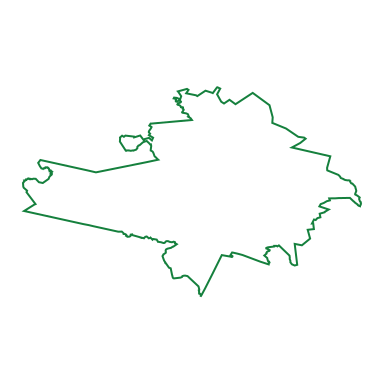 the district of Lejasciema pag., Gulbene, Latvia
{"feature_id": "27541924B69346884723043", "entity_name": "Lejasciema pag.", "entity_type": "district", "adm_level": 2, "iso_a3": "LVA", "parent_name": "Latvia", "parent_adm1": "Gulbene", "projection": "robinson", "projection_center": [26.479, 57.294], "detail": "fine", "context": "isolated", "style": "outline", "palette": "green", "viewbox_px": 384, "rotation_deg": 0, "n_neighbors": 0, "source": "geoboundaries", "source_scale": "gbopen_adm2", "svg_char_len": 5821}
<svg xmlns="http://www.w3.org/2000/svg" viewBox="0 0 384 384"><path d="M173.9,278.4L180.6,277.6L182.1,276.9L182.4,276.1L183.8,275.7L185.1,275.6L186.5,275.9L187.2,276.0L187.9,276.4L188.9,277.4L198.5,286.4L199.3,289.7L199.2,290.1L198.8,290.3L199.2,292.2L199.0,293.1L199.3,293.8L200.0,293.8L200.3,294.0L200.9,295.2L200.5,296.7L201.4,295.3L205.1,288.4L211.8,275.2L221.8,255.1L230.3,256.6L231.9,257.0L232.4,256.6L232.5,256.2L232.4,256.1L231.8,255.7L230.3,255.4L232.1,252.5L232.9,252.6L237.7,253.7L242.5,255.0L260.4,261.7L268.7,264.4L268.9,263.2L269.5,262.6L269.1,261.6L268.2,261.5L267.4,259.1L267.2,258.0L264.3,255.5L266.5,253.6L266.3,253.3L266.4,252.8L267.0,251.9L267.7,251.4L269.1,251.0L269.5,250.7L269.7,250.2L267.3,248.8L266.3,248.5L266.2,248.1L267.0,247.6L268.0,247.3L274.2,246.5L274.2,245.9L276.6,245.9L277.4,246.4L278.9,245.4L289.5,255.6L289.8,257.8L289.7,259.0L290.4,260.8L290.4,262.3L291.9,264.3L294.7,265.5L297.2,264.8L294.7,243.9L301.9,245.3L310.1,238.6L307.7,229.8L313.9,229.1L313.2,223.4L312.0,223.5L314.0,219.5L315.7,220.0L316.5,219.2L316.6,218.9L317.5,218.1L320.4,217.3L319.7,213.7L324.6,212.3L324.7,211.9L328.7,209.5L319.4,206.4L320.7,204.1L323.7,203.0L326.8,201.2L329.9,200.4L329.2,198.4L335.6,198.3L338.3,198.1L349.9,197.9L351.4,199.3L353.6,201.4L354.2,201.8L354.3,201.8L354.8,202.5L357.7,204.6L357.8,205.1L359.0,205.9L360.0,206.2L360.0,205.5L360.8,204.7L360.8,203.5L361.0,203.2L360.8,202.7L360.7,202.0L360.5,201.7L360.0,201.5L359.1,199.0L359.7,197.5L357.3,195.6L355.2,194.5L355.1,194.1L356.3,190.9L355.7,188.5L355.4,187.8L355.4,187.2L355.1,186.5L352.3,183.5L351.6,183.5L351.2,183.3L350.1,181.6L350.0,181.3L350.1,181.1L349.9,181.0L349.7,180.5L348.9,180.3L347.8,180.4L345.1,180.0L344.1,179.4L343.5,179.3L343.2,178.9L340.8,178.0L340.4,177.4L340.2,176.7L338.4,174.9L327.3,170.4L327.2,170.2L327.1,167.8L330.3,156.3L291.9,147.5L300.2,143.0L305.6,138.7L304.1,137.6L299.4,137.0L298.2,136.8L286.0,128.5L272.3,122.9L272.7,117.3L269.5,105.2L252.7,92.9L235.5,104.2L229.5,99.8L224.0,103.5L221.2,101.7L217.1,94.3L220.2,88.6L217.5,87.3L217.0,87.4L212.8,93.1L212.2,92.8L205.5,90.7L197.3,96.1L196.1,95.3L186.2,93.3L188.5,89.9L187.0,88.9L177.9,91.4L178.5,92.1L181.2,96.2L180.2,99.2L178.8,98.8L176.8,97.9L174.1,97.6L173.7,98.4L174.7,98.6L176.0,99.4L176.0,100.0L175.7,101.0L175.9,101.4L176.3,101.7L176.9,101.7L178.1,100.9L178.8,100.7L179.8,100.7L180.7,101.3L181.0,101.7L180.8,102.2L180.2,102.6L178.2,103.3L177.7,103.8L177.4,104.5L177.8,104.8L179.1,105.1L180.3,105.8L180.7,106.4L180.9,107.2L181.3,107.3L182.5,107.2L183.0,107.4L183.0,107.9L182.6,108.4L182.6,108.7L182.8,108.9L183.5,109.3L183.7,109.8L182.7,111.5L182.1,112.2L182.1,112.4L182.4,112.7L186.3,113.4L187.9,114.2L188.2,114.8L188.4,115.9L188.7,116.2L188.1,116.7L190.6,118.2L191.9,120.0L151.3,123.6L151.1,123.7L150.6,123.6L149.3,125.6L151.5,126.9L151.5,127.3L150.3,129.3L149.5,130.3L148.9,131.4L148.8,132.1L148.9,132.4L150.1,133.7L148.9,135.2L153.1,137.7L151.9,140.4L149.0,137.9L144.6,139.1L144.2,139.7L143.7,140.1L140.2,135.5L134.1,137.4L134.0,136.6L125.4,135.6L123.9,136.8L122.1,135.7L120.0,137.5L120.1,138.6L119.9,141.6L125.8,150.7L126.0,150.8L126.3,150.7L126.2,150.6L126.5,150.7L126.8,150.5L126.7,150.4L127.0,150.4L128.4,150.5L128.7,150.4L130.7,150.8L133.1,150.4L133.4,150.6L136.2,149.6L137.4,148.1L137.3,147.0L138.5,145.5L139.5,145.3L142.8,142.4L144.9,141.5L146.7,141.0L149.0,143.1L150.3,144.6L150.9,144.4L151.1,145.2L151.2,146.1L150.7,150.0L150.7,150.5L152.2,151.3L152.7,151.7L153.5,153.2L154.5,156.1L154.9,156.6L155.7,157.2L157.2,158.8L158.2,159.7L146.4,162.2L96.2,172.3L95.7,172.3L87.5,170.4L40.4,160.0L38.2,162.9L39.9,166.2L41.4,168.4L42.6,168.7L43.2,168.5L43.3,168.7L43.5,168.5L43.8,168.3L44.1,168.3L44.1,168.2L44.6,168.1L44.7,168.3L45.0,168.2L45.1,167.9L45.3,168.0L45.7,167.8L45.6,167.6L45.8,167.5L45.7,167.4L45.8,167.3L46.4,167.5L46.6,167.5L46.6,167.3L46.8,167.3L47.1,167.5L47.1,167.3L47.5,167.3L48.0,167.7L48.5,168.1L48.6,168.3L49.0,168.8L49.1,169.7L49.8,170.3L50.0,170.2L50.5,170.4L50.3,170.8L50.7,170.7L51.4,171.2L50.9,171.3L51.1,171.4L50.9,171.6L51.1,171.7L51.1,171.9L51.2,172.0L51.5,171.9L51.7,172.1L51.7,172.5L51.2,172.6L51.4,172.9L51.2,173.1L50.5,173.3L50.5,173.5L50.9,173.4L51.2,173.6L51.6,173.6L51.5,173.8L51.8,173.8L51.8,174.0L51.8,174.5L51.5,174.7L51.3,175.0L50.8,175.1L50.7,175.2L50.8,175.4L49.4,176.8L48.6,178.9L42.8,183.0L38.9,182.2L35.7,178.8L33.2,178.7L32.5,179.1L31.7,179.1L30.9,178.9L30.7,179.2L30.0,179.3L29.7,179.2L29.8,179.1L29.5,178.7L28.4,178.4L28.0,178.5L27.5,178.8L27.4,179.1L26.7,179.4L26.7,179.5L26.3,179.9L26.1,179.8L26.1,180.0L25.7,180.0L25.5,180.3L25.2,180.2L24.7,180.5L24.4,180.5L24.5,180.7L24.3,180.8L24.3,181.0L24.1,181.2L24.3,181.4L23.8,182.0L23.2,182.9L23.0,183.0L23.3,186.7L23.7,187.7L27.1,190.7L26.5,192.2L35.5,204.1L34.3,204.6L24.1,211.0L83.4,224.1L88.7,225.1L93.3,226.2L118.3,231.7L121.8,231.6L124.1,233.8L124.0,234.0L125.2,234.1L125.8,234.4L126.2,234.8L126.0,235.7L126.8,235.8L126.8,236.2L127.1,236.6L127.7,236.8L129.5,236.6L130.4,236.1L130.7,234.6L132.2,234.4L132.4,235.1L141.3,237.6L141.0,237.7L141.8,238.0L143.2,237.9L143.9,238.1L144.0,238.2L145.3,236.8L146.7,236.5L148.6,238.1L148.8,238.3L150.2,237.9L150.5,237.6L152.5,239.7L153.1,239.0L156.7,239.6L158.0,241.8L158.4,241.7L159.1,242.0L160.9,242.2L163.4,243.0L164.1,243.0L164.7,242.8L165.8,241.5L166.2,241.3L166.9,241.1L168.2,241.2L168.7,241.4L169.4,241.8L171.4,242.2L172.1,242.2L173.7,241.7L175.0,242.2L175.1,242.7L174.9,243.2L175.0,243.3L175.5,243.6L176.2,243.8L176.8,244.2L173.2,246.7L172.7,246.7L171.1,247.8L167.4,248.7L166.0,249.5L165.9,249.7L165.7,250.3L165.6,251.0L165.8,251.5L165.8,252.7L165.5,253.0L163.3,254.5L163.3,254.9L162.5,256.1L164.1,260.6L165.2,262.2L165.1,262.4L165.1,262.7L165.6,263.3L165.9,263.3L169.0,267.7L170.7,268.3L172.1,275.1L172.3,275.5L172.6,277.0L172.9,277.7L173.3,278.2L173.9,278.4Z" fill="none" stroke="#15803d" stroke-width="2"/></svg>